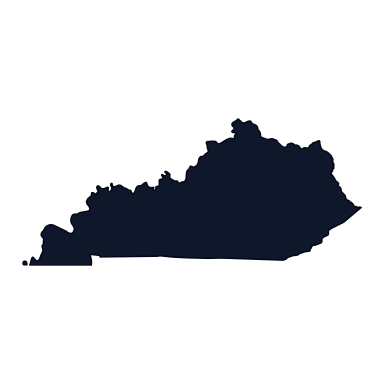 Kentucky, Natural Earth projection
{"feature_id": "USA-3548", "entity_name": "Kentucky", "entity_type": "State", "adm_level": 1, "iso_a3": "USA", "parent_name": "United States of America", "parent_adm1": "", "projection": "natural_earth1", "projection_center": [-85.417, 37.822], "detail": "fine", "context": "isolated", "style": "filled", "palette": "ink", "viewbox_px": 384, "rotation_deg": 0, "n_neighbors": 0, "source": "natural_earth", "source_scale": "10m", "svg_char_len": 6002}
<svg xmlns="http://www.w3.org/2000/svg" viewBox="0 0 384 384"><path d="M37.5,261.0L38.7,260.4L39.7,258.9L40.8,255.7L42.6,251.9L43.0,250.5L42.9,249.2L42.3,247.3L42.1,246.1L42.3,245.5L43.4,244.1L43.5,243.5L43.4,241.8L43.7,239.4L43.5,238.4L42.0,236.6L41.2,235.3L41.2,233.8L42.1,232.1L43.7,230.4L45.2,227.6L45.7,227.0L47.2,225.8L49.1,225.0L51.2,224.7L53.3,225.1L65.4,230.9L68.6,233.0L70.3,233.5L72.0,233.3L73.3,232.0L74.3,229.7L74.3,228.0L73.5,226.3L72.2,224.4L71.2,222.5L70.8,220.5L71.1,218.4L71.9,216.1L72.4,215.3L73.0,214.7L73.8,214.3L74.7,214.2L76.7,214.2L77.4,214.0L80.0,212.6L88.2,211.1L89.6,210.2L90.0,208.6L89.0,206.2L87.5,204.5L86.8,203.0L86.5,202.0L86.8,200.7L87.4,199.5L87.9,198.7L90.4,196.6L91.1,195.9L91.6,194.6L91.6,193.5L91.8,192.8L92.8,192.7L93.6,193.0L95.1,194.0L96.0,194.2L96.2,193.8L98.3,191.5L96.9,188.3L96.8,187.5L97.1,186.4L97.9,185.9L98.8,186.1L99.7,186.8L100.3,187.6L101.0,188.2L101.8,188.7L102.8,188.9L103.7,188.7L105.4,188.2L105.9,188.1L106.3,187.7L107.0,187.4L107.7,187.3L108.3,187.7L108.4,188.5L107.9,190.3L108.0,191.1L109.0,191.8L110.3,191.3L111.5,190.0L111.9,188.5L111.7,187.4L110.9,185.8L110.7,184.6L110.9,183.9L111.2,183.5L111.6,183.5L112.0,183.6L112.2,184.0L112.1,184.9L112.3,185.5L113.8,186.9L115.5,186.6L117.4,185.6L119.2,185.1L120.2,185.3L121.2,185.8L122.2,186.5L123.0,187.2L123.8,187.7L126.8,188.9L128.3,189.9L128.8,190.1L129.4,190.3L130.2,190.4L130.8,190.6L131.0,191.1L131.1,191.7L131.3,192.3L132.0,193.1L132.8,193.8L134.2,192.9L134.9,191.6L136.2,188.1L136.7,187.2L137.2,186.6L137.8,186.2L138.6,185.9L141.2,185.6L141.8,185.3L142.8,184.3L144.5,183.0L146.1,182.4L146.8,183.4L147.2,184.9L148.1,186.4L149.5,187.4L151.0,187.7L153.0,187.4L153.8,187.6L153.3,188.7L153.0,189.7L153.6,190.2L154.7,190.2L155.6,189.6L156.0,188.5L156.0,187.4L156.2,186.6L158.6,186.1L159.2,185.6L159.3,184.7L159.2,181.1L159.4,179.9L160.0,179.4L160.9,179.4L161.9,179.0L162.7,178.4L162.9,177.2L162.6,176.6L161.8,175.7L161.7,175.1L161.9,174.6L162.4,174.6L162.9,174.9L163.2,175.1L163.4,175.6L163.9,175.8L165.0,175.7L166.8,174.9L167.6,174.1L167.3,173.6L166.3,173.4L165.5,172.8L164.9,171.8L165.4,171.4L166.3,171.5L167.1,171.9L169.4,173.7L169.8,174.3L169.7,176.7L169.7,177.5L170.1,178.3L170.8,178.9L172.6,179.8L173.3,180.4L174.2,180.9L176.4,181.0L177.4,181.3L179.1,183.1L180.0,183.8L180.5,183.4L180.9,182.5L181.9,182.1L184.1,181.7L184.6,181.4L185.0,181.0L185.4,180.6L185.6,180.1L186.1,178.6L186.5,173.4L186.7,172.2L187.1,171.0L187.7,170.1L188.5,169.7L188.9,169.2L189.9,166.9L190.5,166.2L190.9,166.2L192.0,166.6L192.3,166.8L192.5,167.3L193.0,167.3L194.7,166.8L195.6,166.3L197.1,165.1L198.1,163.2L199.1,158.4L200.4,156.8L201.4,156.5L203.2,156.3L203.9,155.8L204.6,154.9L205.2,154.2L207.6,152.5L208.2,151.7L208.4,150.7L207.5,148.5L207.1,145.1L206.8,144.4L206.4,143.2L206.4,142.2L207.2,141.7L212.3,141.2L215.1,141.4L215.9,141.7L217.4,143.4L218.3,144.0L220.1,143.6L226.5,139.7L229.3,138.5L230.8,138.3L234.4,138.7L235.0,138.4L234.4,136.6L234.7,135.5L235.3,134.8L235.9,133.8L236.0,133.0L235.0,132.7L233.1,132.5L232.4,132.2L231.8,131.5L232.2,131.0L233.8,129.5L234.2,128.5L234.0,127.6L233.4,126.8L232.1,125.5L232.0,123.7L233.3,122.3L236.7,120.3L237.4,119.5L237.8,119.2L238.3,119.1L238.7,119.3L239.3,120.1L240.1,120.6L242.4,122.9L244.3,123.0L248.1,121.3L249.9,121.0L250.9,121.5L251.5,122.5L252.0,123.5L252.5,124.0L253.3,124.1L254.4,124.5L256.3,125.5L256.9,126.2L257.4,127.1L257.7,128.1L257.8,129.1L258.0,129.9L259.6,131.5L260.0,132.4L260.3,133.4L260.5,134.6L260.5,135.9L260.9,136.8L261.9,137.5L266.8,139.3L267.8,139.5L271.7,138.7L272.8,138.8L274.6,139.7L276.4,140.2L277.1,141.0L277.7,142.0L278.4,142.9L281.4,145.8L283.2,147.0L285.1,147.4L286.0,147.1L286.7,146.5L287.3,145.6L287.5,144.6L288.0,144.2L291.1,143.2L292.0,143.3L293.0,143.7L293.8,144.2L294.5,144.9L294.9,145.2L296.5,145.1L297.1,145.3L298.4,145.8L298.9,146.2L299.3,146.6L300.3,148.3L300.9,148.9L301.2,149.0L302.8,148.7L303.3,148.2L304.0,147.8L305.0,147.8L307.0,148.1L308.0,148.1L308.8,147.6L309.1,147.0L309.6,145.9L309.8,145.5L310.1,145.2L311.3,144.7L313.2,142.7L314.1,142.5L315.3,142.3L317.9,141.0L319.1,140.8L319.6,141.1L319.8,141.9L319.8,143.0L319.9,144.1L321.0,147.8L322.3,149.9L324.2,150.9L326.3,151.6L328.0,152.7L331.2,155.8L331.7,156.6L332.4,158.4L332.9,159.1L332.7,161.8L333.7,164.0L333.9,165.1L333.7,167.1L333.7,168.5L333.4,168.8L332.7,169.0L332.5,169.7L332.5,170.6L332.4,171.1L332.0,171.7L331.0,172.4L330.9,172.7L330.9,173.3L331.2,173.7L334.5,178.4L334.8,178.9L335.2,180.2L335.5,180.6L338.0,182.7L338.4,183.2L338.5,183.6L338.6,184.1L337.8,185.4L337.9,185.6L338.1,185.9L339.9,187.2L340.4,187.8L340.9,188.7L341.2,190.9L341.5,191.7L341.6,191.9L344.4,194.7L345.0,195.5L345.3,196.1L345.3,196.7L346.0,198.5L346.2,199.3L346.4,199.6L346.8,199.9L348.5,200.5L349.2,200.9L349.6,201.4L350.6,202.6L351.0,202.5L351.3,202.5L352.7,203.8L353.1,204.2L353.3,204.7L353.4,204.9L353.4,205.5L353.7,205.9L354.3,206.2L357.8,207.3L358.3,207.4L359.6,207.1L360.1,207.1L361.0,207.6L344.0,221.9L342.9,222.6L331.6,228.2L329.4,229.7L328.6,230.5L328.3,231.0L328.2,231.4L328.4,232.2L328.5,233.5L328.4,234.1L328.1,234.7L327.9,234.9L327.5,235.2L323.6,237.1L322.5,237.9L322.1,238.4L321.8,238.8L321.9,240.6L321.8,241.5L321.5,242.3L321.2,242.7L320.5,243.1L315.1,245.2L313.2,245.2L312.7,245.5L311.8,246.4L311.0,248.2L310.0,249.4L310.1,250.4L310.0,250.7L309.8,250.9L309.4,251.1L304.8,251.8L300.3,253.3L298.5,254.3L298.0,254.8L297.1,255.1L292.9,255.6L289.0,257.0L288.7,257.0L287.8,257.4L285.9,259.1L284.6,259.7L283.1,260.1L221.2,258.0L207.7,258.3L188.1,257.8L179.2,257.4L172.5,257.0L161.5,255.9L159.6,255.8L157.6,256.2L100.7,256.9L100.4,257.0L100.2,256.7L99.7,255.7L99.5,255.4L99.1,255.3L90.3,254.4L90.1,254.4L90.0,254.5L90.0,254.8L90.1,255.3L90.9,257.9L91.4,260.8L91.5,261.6L91.4,263.6L91.3,264.9L29.9,264.9L30.1,264.3L30.8,261.7L31.0,260.9L31.6,258.8L32.1,257.8L32.4,257.5L32.9,257.2L33.9,258.2L35.0,259.5L36.1,260.6L37.5,261.0ZM26.7,264.8L23.8,264.8L23.4,264.4L23.0,263.7L23.4,261.7L24.9,261.1L26.4,261.9L27.0,264.1L26.7,264.8Z" fill="#0f172a" stroke="#020617" stroke-width="1.5"/></svg>